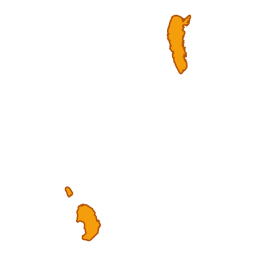 outline of Ulawa-Ugi, Makira, Solomon Islands
{"feature_id": "97153195B5813678005448", "entity_name": "Ulawa-Ugi", "entity_type": "district", "adm_level": 2, "iso_a3": "SLB", "parent_name": "Solomon Islands", "parent_adm1": "Makira", "projection": "albers", "projection_center": [161.907, -10.009], "detail": "fine", "context": "isolated", "style": "filled", "palette": "amber", "viewbox_px": 256, "rotation_deg": 0, "n_neighbors": 0, "source": "geoboundaries", "source_scale": "gbopen_adm2", "svg_char_len": 5418}
<svg xmlns="http://www.w3.org/2000/svg" viewBox="0 0 256 256"><path d="M190.5,16.9L190.2,15.6L189.7,15.4L189.0,15.5L187.6,16.9L187.6,17.1L187.4,17.0L186.8,17.5L186.7,17.9L186.4,17.9L186.4,18.2L185.8,18.6L185.1,18.7L184.8,18.9L184.7,19.4L184.3,19.6L184.3,20.1L183.9,20.0L183.7,20.7L183.6,20.8L183.5,20.6L183.3,21.2L183.1,21.4L183.0,21.1L182.6,20.9L182.5,20.6L182.7,20.3L182.7,20.1L183.0,19.9L183.3,19.5L183.4,18.8L182.8,18.5L182.3,18.5L182.2,18.6L182.1,18.4L181.8,18.4L181.6,18.2L181.7,17.7L181.4,17.3L179.9,16.7L179.4,16.4L179.2,16.4L178.6,16.0L178.4,16.0L178.0,16.0L176.4,15.4L174.5,15.8L174.3,15.7L174.1,16.0L173.3,16.2L172.5,16.8L172.3,16.8L172.0,17.4L171.9,17.8L171.7,17.9L171.5,18.9L171.1,19.5L171.1,20.1L170.9,20.7L170.5,20.9L170.4,21.6L169.8,22.8L169.8,23.6L169.4,24.7L169.4,25.1L169.2,25.6L169.3,26.0L169.1,26.0L169.1,26.5L168.8,27.1L168.7,27.1L168.7,27.7L168.4,28.1L168.4,28.3L168.2,28.4L168.3,28.7L167.8,30.0L167.9,30.9L167.7,31.1L167.9,32.5L168.2,33.0L167.9,33.6L168.4,34.2L168.0,34.2L167.4,35.0L167.5,35.9L168.0,36.3L168.3,36.9L168.0,37.4L168.0,37.6L167.7,38.4L168.5,39.0L168.5,39.5L168.3,39.7L168.4,40.0L169.7,40.4L169.4,40.9L169.5,41.4L169.3,41.7L169.6,42.7L170.4,43.9L170.4,45.1L170.9,45.4L170.6,45.7L170.6,46.1L170.8,46.4L170.7,46.6L170.4,46.8L170.2,46.7L170.3,47.2L170.1,47.5L170.1,48.1L169.9,48.5L170.2,48.7L170.3,49.3L171.4,50.3L171.6,51.1L172.3,51.3L172.9,51.7L173.3,51.8L172.9,52.9L173.5,53.3L173.4,53.4L172.9,53.4L172.7,53.6L172.5,54.7L172.7,55.6L172.7,56.6L173.0,57.5L173.7,57.7L173.5,58.5L174.1,60.6L174.1,61.9L174.2,62.1L174.7,62.3L175.0,62.6L175.2,63.3L175.1,64.0L175.8,64.8L175.9,65.8L176.5,66.8L176.5,67.1L177.4,68.4L178.0,69.9L178.8,71.0L178.8,71.3L179.9,73.2L180.7,73.7L181.4,73.5L182.4,72.5L183.2,71.3L183.2,71.0L182.9,70.5L183.0,70.3L183.3,70.3L183.4,70.6L183.5,70.6L184.3,70.5L184.4,70.3L185.1,69.9L186.2,68.0L186.7,67.6L186.9,65.7L186.7,65.1L186.8,64.6L186.5,63.4L186.7,63.0L186.5,62.4L185.9,61.1L185.7,61.3L186.0,61.7L185.4,61.4L185.2,60.9L185.2,60.3L185.5,60.1L185.5,59.8L185.0,59.9L184.8,59.8L184.8,59.6L184.6,59.6L184.6,59.4L184.4,59.1L184.0,57.9L184.1,57.1L184.3,57.2L184.4,56.9L184.4,56.6L184.3,56.4L184.2,56.5L184.1,56.1L184.5,56.2L184.2,55.7L184.2,55.4L184.5,55.3L184.3,55.1L184.3,54.9L184.8,55.1L185.0,54.9L185.1,54.7L185.3,54.6L185.5,54.0L186.1,53.8L186.2,53.4L186.1,53.0L185.4,52.5L184.8,51.7L184.6,51.2L184.7,50.8L184.3,51.0L184.7,50.5L184.5,50.2L184.4,49.4L183.8,49.2L183.7,49.0L184.7,48.6L185.1,47.7L184.4,47.3L184.0,47.3L183.2,47.0L182.8,46.0L183.4,45.7L183.5,45.4L183.2,45.0L182.5,44.6L183.2,44.2L183.4,43.3L183.8,43.0L183.7,42.7L183.1,42.8L182.9,42.9L182.7,42.7L182.8,42.5L182.6,42.1L182.8,41.9L183.1,42.0L183.3,41.7L183.4,41.2L183.7,40.9L183.1,40.6L183.1,40.2L182.8,39.9L182.8,39.7L182.5,39.5L182.5,39.3L183.1,38.1L183.1,37.6L182.9,37.4L183.2,36.9L183.1,36.6L183.6,36.6L183.8,36.3L183.5,35.7L184.0,35.0L184.6,33.3L184.5,33.1L184.7,32.9L184.5,32.7L184.5,32.3L184.7,31.8L184.6,31.6L183.6,30.9L182.7,30.5L182.6,30.4L182.5,29.7L182.9,29.6L183.0,29.2L183.3,28.9L183.2,28.5L183.4,28.2L183.2,27.2L183.0,26.8L183.1,26.7L183.7,27.3L184.0,27.2L183.3,26.4L183.0,26.5L182.9,26.1L183.1,25.3L183.4,25.0L184.3,24.8L184.7,25.0L185.2,24.9L186.3,25.4L186.4,25.6L186.6,25.5L186.8,25.6L187.0,25.6L187.2,25.4L187.0,25.2L186.9,24.7L187.1,24.7L187.7,24.7L188.1,24.4L188.3,24.0L188.6,23.9L189.2,22.0L189.0,21.9L188.5,22.0L188.2,22.1L187.9,22.6L187.5,22.4L188.1,21.6L188.5,21.6L189.0,21.3L188.9,20.8L188.8,21.0L188.6,20.9L189.0,20.6L189.0,20.8L189.5,20.5L189.6,19.3L189.5,19.1L189.7,18.6L190.3,17.9L190.5,16.9ZM100.2,224.6L99.8,224.1L99.8,223.5L99.6,223.2L98.9,222.7L98.7,222.4L99.0,221.5L99.1,221.2L99.0,220.7L98.4,220.4L98.1,220.7L97.7,220.7L97.2,221.0L96.8,221.0L96.7,220.2L96.9,219.4L96.3,218.5L96.1,216.7L95.3,215.5L94.7,215.1L94.5,214.5L95.0,213.5L94.9,212.7L94.4,211.7L93.0,210.2L92.5,208.9L92.3,208.6L91.4,208.2L89.0,206.7L88.1,205.9L87.3,205.6L86.8,205.1L85.5,204.8L84.3,205.2L83.6,204.9L83.7,204.5L83.3,204.3L82.5,204.5L82.8,205.0L82.2,205.8L81.2,205.9L81.1,205.1L80.9,205.1L80.7,205.5L80.1,205.7L79.9,205.7L79.3,205.9L79.2,206.2L78.5,206.7L78.5,206.9L78.6,207.0L78.2,207.8L78.5,208.6L78.3,209.3L77.0,211.4L77.2,213.5L77.6,214.5L77.6,215.1L77.5,216.8L77.3,217.8L77.4,218.9L76.8,220.4L76.8,221.2L77.7,222.1L79.5,221.0L80.3,220.9L82.0,221.7L82.7,221.8L83.7,222.4L84.4,223.5L84.5,224.0L84.5,225.0L84.7,225.6L84.5,226.2L84.5,227.4L84.2,228.2L85.0,228.8L85.3,229.5L85.3,230.7L85.5,230.9L85.6,231.7L86.0,232.9L86.0,233.1L85.5,233.8L84.5,234.7L83.8,235.3L82.6,235.9L82.5,236.3L82.5,238.4L82.9,239.1L84.7,239.7L86.4,239.6L86.8,239.8L87.4,240.4L88.2,240.4L88.5,240.6L89.4,240.5L90.8,239.8L93.8,236.7L94.1,236.5L94.3,236.6L94.6,236.0L96.4,234.4L96.5,234.2L97.4,233.0L97.8,233.0L97.6,232.5L98.4,230.0L98.2,229.3L98.6,228.5L98.6,227.6L98.8,227.5L98.7,227.4L99.0,227.0L99.7,226.6L99.6,226.3L99.6,225.8L100.1,225.6L100.2,224.6ZM72.5,193.9L72.4,192.8L71.4,191.2L71.0,190.9L70.5,189.5L69.7,188.5L68.7,187.6L67.9,187.2L66.7,187.2L66.0,187.6L65.5,188.6L65.5,190.2L66.3,191.2L66.9,192.4L67.2,193.7L68.0,195.8L68.9,196.8L69.0,196.8L70.1,196.2L70.4,195.4L70.7,195.2L71.1,195.4L71.6,195.2L72.5,193.9ZM186.2,56.1L186.2,55.2L185.7,54.8L185.3,55.4L184.6,55.8L184.9,55.8L184.5,56.0L184.7,56.4L184.9,56.5L184.9,56.3L185.3,56.1L185.1,56.0L185.5,56.0L185.6,56.3L185.8,56.1L185.7,55.9L185.9,55.9L185.9,56.2L185.6,56.6L185.8,56.7L186.1,56.1L186.2,56.1Z" fill="#f59e0b" stroke="#b45309" stroke-width="1.5"/></svg>